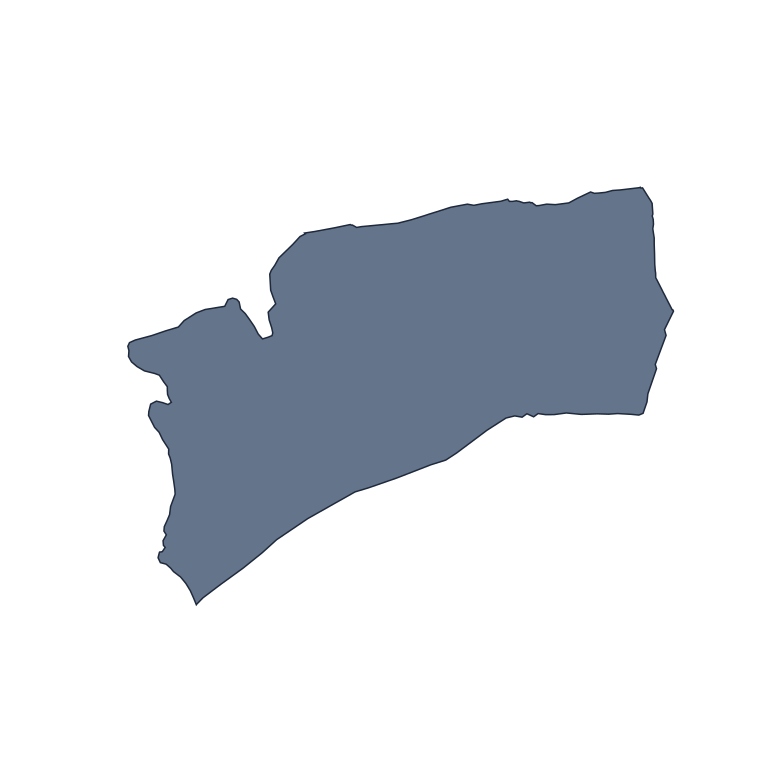 outline of Habila - SK, South Kordufan, Sudan, rotated 19°
{"feature_id": "16777658B69543543335458", "entity_name": "Habila - SK", "entity_type": "district", "adm_level": 2, "iso_a3": "SDN", "parent_name": "Sudan", "parent_adm1": "South Kordufan", "projection": "orthographic", "projection_center": [30.058, 11.931], "detail": "fine", "context": "isolated", "style": "filled", "palette": "slate", "viewbox_px": 768, "rotation_deg": 19, "n_neighbors": 0, "source": "geoboundaries", "source_scale": "gbopen_adm2", "svg_char_len": 3470}
<svg xmlns="http://www.w3.org/2000/svg" viewBox="0 0 768 768"><g transform="rotate(19 384 384)"><path d="M633.7,223.4L633.8,223.1L633.8,222.4L633.9,222.1L633.9,221.8L634.0,221.5L634.0,221.3L634.0,220.9L633.6,220.4L633.3,220.2L632.9,219.8L632.2,219.9L631.9,219.6L629.6,217.4L629.2,217.0L628.7,216.5L627.2,215.1L624.6,212.6L623.1,211.2L622.7,210.8L621.7,209.8L621.3,209.4L619.1,207.3L618.2,206.5L616.6,204.9L615.2,203.5L613.8,202.2L612.8,201.2L607.8,196.4L607.0,195.7L606.3,195.0L604.7,190.6L603.6,188.6L603.5,188.3L601.0,182.6L597.2,172.2L594.0,163.9L592.0,158.1L587.6,149.7L586.8,145.2L585.2,141.3L585.1,140.9L582.9,137.8L582.9,137.1L582.9,135.9L582.8,135.6L582.2,134.1L581.8,133.2L578.7,125.9L576.3,123.7L573.9,121.9L567.0,116.3L564.6,114.4L563.2,115.1L562.4,114.7L561.9,114.4L561.7,114.3L561.5,114.2L561.7,114.3L562.4,114.8L560.8,115.6L544.2,123.6L537.1,126.6L531.0,130.7L524.5,133.7L521.8,134.8L521.0,135.2L518.6,135.2L516.8,135.2L506.5,145.3L499.8,152.6L487.7,158.6L479.2,161.0L472.5,164.8L469.9,165.9L464.9,164.3L463.6,164.9L462.7,164.6L457.2,167.3L451.9,167.3L451.3,167.6L449.7,167.6L446.1,169.5L443.1,170.5L440.8,169.0L439.5,169.9L435.1,173.1L429.7,175.8L417.9,181.7L410.8,185.8L404.3,186.8L389.5,195.2L377.2,204.4L371.2,208.8L368.6,210.8L366.6,212.3L355.8,220.2L347.7,225.5L344.7,227.5L344.2,227.7L339.9,229.6L332.5,233.0L329.2,234.5L328.9,234.6L326.5,235.7L318.6,239.3L311.5,242.5L307.1,244.9L305.8,244.6L302.3,244.0L301.6,244.4L300.2,244.2L286.6,252.3L268.6,262.5L259.8,267.1L260.7,267.6L256.6,271.9L252.4,281.5L250.8,284.7L243.6,298.9L242.1,307.3L240.5,312.9L240.4,313.3L240.2,317.3L243.2,324.6L246.3,332.2L250.5,337.5L253.6,341.2L255.5,343.5L251.1,353.8L254.5,360.7L259.5,367.4L262.2,371.9L262.4,374.7L259.3,377.4L258.6,377.9L255.2,380.4L254.4,380.9L248.8,377.7L242.7,371.9L236.0,366.9L229.9,362.6L224.0,359.8L220.3,353.6L217.1,351.9L213.2,352.1L212.9,352.1L209.1,354.9L208.1,362.4L190.6,371.8L183.2,378.0L174.4,389.1L171.0,397.1L160.3,404.8L148.7,413.8L134.5,423.4L129.9,427.7L129.5,431.7L132.0,435.6L133.5,441.2L138.1,445.3L144.8,447.9L153.2,449.6L163.7,448.7L168.7,448.8L175.0,453.7L180.0,457.1L181.3,460.8L182.8,464.4L185.7,467.7L188.9,470.5L186.5,473.7L186.0,473.7L180.7,473.7L174.4,474.3L174.0,474.7L169.9,479.0L170.6,486.6L171.6,490.4L175.8,494.5L181.2,499.7L187.1,502.9L192.8,508.7L197.4,512.3L201.6,515.6L203.1,520.3L206.0,523.7L209.4,529.1L213.5,538.2L216.9,544.6L220.5,551.7L222.4,556.2L222.1,569.3L223.8,577.3L223.4,583.3L222.7,590.4L223.8,594.7L227.3,597.5L226.1,604.1L228.0,608.4L230.3,609.7L229.0,614.6L228.7,614.9L227.2,615.7L226.5,616.0L226.5,616.9L226.9,621.6L227.1,621.9L227.1,622.0L230.3,625.3L230.7,625.7L236.2,625.3L236.7,625.3L238.7,626.1L242.3,627.6L245.0,629.3L246.3,630.0L252.9,632.2L254.3,632.6L258.4,635.1L261.8,637.2L262.0,637.4L264.8,639.7L265.8,640.5L266.2,640.9L268.3,642.6L268.9,643.3L271.9,646.5L273.3,648.0L275.8,650.8L277.7,653.0L278.4,653.8L278.5,653.5L278.5,653.4L282.5,645.0L294.9,626.5L310.7,604.0L323.9,583.0L333.2,566.1L355.8,536.0L375.1,514.2L391.8,495.4L402.9,487.4L426.7,468.7L454.5,445.2L467.2,435.8L475.1,425.6L496.5,394.1L505.1,383.2L510.5,376.4L518.0,371.6L525.4,370.4L528.8,365.6L536.2,366.3L539.3,361.8L546.6,360.4L554.7,357.6L565.9,352.0L580.5,348.5L595.3,342.8L606.2,339.4L614.5,335.9L627.2,332.3L635.1,330.4L638.5,327.4L638.5,323.8L638.5,315.3L636.7,307.4L636.7,299.4L636.7,280.8L634.1,277.2L634.9,246.2L631.5,241.3L633.7,223.5L633.7,223.4Z" fill="#64748b" stroke="#1e293b" stroke-width="1.5"/></g></svg>